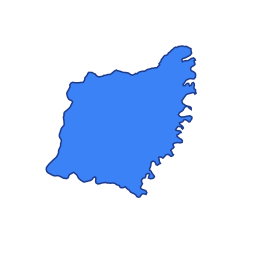 Dom Bosco, Minas Gerais, Brazil, rotated 243°
{"feature_id": "56859067B94759180544499", "entity_name": "Dom Bosco", "entity_type": "district", "adm_level": 2, "iso_a3": "BRA", "parent_name": "Brazil", "parent_adm1": "Minas Gerais", "projection": "robinson", "projection_center": [-46.303, -16.742], "detail": "fine", "context": "isolated", "style": "filled", "palette": "blue", "viewbox_px": 256, "rotation_deg": 243, "n_neighbors": 0, "source": "geoboundaries", "source_scale": "gbopen_adm2", "svg_char_len": 4907}
<svg xmlns="http://www.w3.org/2000/svg" viewBox="0 0 256 256"><g transform="rotate(243 128 128)"><path d="M99.8,64.2L99.3,66.4L98.9,67.8L98.7,69.1L98.3,70.4L98.4,72.3L99.3,74.3L99.6,76.1L98.4,76.9L96.9,76.0L95.4,75.0L93.7,74.6L91.9,75.6L91.2,77.5L90.9,79.8L90.2,81.7L89.7,83.2L88.6,84.2L87.8,85.8L86.8,87.2L86.3,88.6L85.7,89.9L84.4,91.3L82.8,92.0L81.6,93.2L80.6,94.1L79.2,94.0L78.0,94.6L77.2,96.0L76.9,97.6L76.8,99.0L75.3,99.3L73.5,100.0L72.0,100.9L70.1,101.1L68.5,102.1L67.5,103.0L66.5,103.7L65.0,104.5L62.8,104.8L61.5,106.0L61.3,107.5L62.1,108.9L62.7,110.2L62.7,111.5L61.8,112.7L60.6,113.9L61.9,115.4L64.0,115.4L65.1,114.5L66.5,113.0L68.0,112.1L69.7,112.2L70.6,113.8L71.8,115.6L73.7,115.6L74.9,116.0L75.8,116.9L76.5,118.6L75.9,120.6L76.9,121.9L78.4,122.9L78.5,125.0L77.5,126.2L76.2,125.6L75.3,124.5L74.2,123.5L72.6,124.9L72.0,126.6L71.8,128.1L72.7,129.5L74.1,129.5L75.3,129.1L77.6,128.9L79.5,128.8L80.6,128.2L81.8,128.7L83.0,130.2L84.4,131.4L85.5,132.1L86.6,132.9L87.2,134.1L86.9,135.7L85.7,136.5L84.1,136.6L82.5,136.4L81.5,137.3L81.8,139.3L81.7,140.8L83.3,140.7L84.8,141.0L86.1,141.5L87.9,141.9L87.8,143.4L86.5,144.6L85.3,145.5L85.9,147.2L86.5,148.8L86.9,150.1L86.3,151.8L84.5,152.8L83.2,153.5L83.0,155.0L83.5,156.4L85.1,155.9L86.9,156.2L88.6,155.8L89.3,157.0L89.4,158.7L90.1,160.4L91.7,160.2L93.2,160.8L93.4,163.0L92.9,164.6L92.2,166.2L91.1,167.6L90.6,169.7L91.8,170.6L93.5,170.5L95.0,169.4L96.2,168.8L97.4,168.3L98.5,167.8L99.6,168.4L99.4,170.0L100.2,171.6L99.8,173.3L101.3,173.4L102.6,172.0L103.5,170.3L104.7,169.6L105.8,171.1L106.7,173.2L105.7,174.7L104.8,175.9L103.4,175.7L102.3,176.1L102.9,177.4L104.6,177.4L106.3,176.7L107.9,175.9L109.3,176.2L108.9,178.0L108.8,179.7L109.8,181.1L109.6,182.4L108.7,183.6L107.2,184.4L106.0,184.8L105.4,185.9L106.4,187.5L107.4,189.3L109.0,189.9L110.7,188.8L111.4,186.9L112.0,185.0L112.3,183.4L113.0,181.9L113.6,180.3L115.1,179.3L117.0,178.9L118.1,180.5L118.5,182.1L118.5,183.6L119.0,185.4L120.0,186.7L121.0,188.7L120.2,191.2L122.0,189.5L123.5,188.7L124.9,187.9L126.5,187.9L127.9,188.4L128.7,190.0L129.6,191.6L130.5,193.4L131.3,195.1L131.2,196.8L130.8,198.4L130.4,200.3L130.2,201.8L129.4,202.9L127.8,203.0L128.0,204.4L129.8,204.7L131.5,205.5L132.9,204.7L134.5,205.3L135.9,206.5L137.5,207.1L138.9,206.8L138.9,205.3L137.5,203.6L137.5,201.9L139.0,202.0L140.2,202.3L140.8,201.2L140.6,199.5L139.9,197.9L140.7,196.5L141.9,196.8L142.5,198.5L143.3,199.8L144.2,201.5L144.1,203.6L144.0,205.4L143.3,206.7L142.4,207.8L141.8,209.2L142.6,211.1L144.0,212.0L145.4,212.7L147.0,212.6L149.0,211.5L150.3,210.4L151.7,210.4L152.8,210.9L153.7,212.8L153.8,215.2L154.3,216.6L156.1,217.0L157.9,217.3L157.8,218.8L159.3,218.9L160.7,218.2L161.2,216.0L161.0,214.3L160.8,212.9L161.0,211.5L161.7,210.3L162.2,208.5L162.3,206.6L164.2,206.8L165.1,208.2L164.7,209.9L164.5,211.4L164.6,213.0L164.5,214.5L164.7,216.6L165.8,218.7L167.1,218.9L168.4,219.3L170.1,220.1L171.7,218.8L173.0,218.0L174.2,217.1L174.8,215.5L175.7,214.6L176.6,213.1L177.2,211.2L177.8,209.8L177.5,208.1L178.4,207.2L178.4,205.5L177.8,203.6L177.6,202.2L176.8,200.2L176.5,198.0L175.5,196.8L175.4,195.2L175.9,193.7L175.5,192.2L174.5,190.5L173.9,188.8L172.7,187.9L171.8,186.1L171.1,184.7L169.9,184.9L169.2,182.8L168.6,181.1L169.3,179.6L169.8,177.6L170.5,176.2L170.6,174.5L171.2,172.7L171.3,170.8L171.0,168.6L172.0,166.7L172.5,164.9L172.8,162.6L172.2,160.8L173.1,159.7L172.9,158.1L173.1,155.8L174.9,154.3L176.5,153.6L177.9,151.9L178.9,150.4L180.0,148.6L181.7,147.2L182.8,145.9L183.7,144.7L184.9,143.9L184.9,141.7L184.2,138.9L183.8,136.4L184.7,134.7L185.0,133.1L185.2,131.6L185.9,130.4L185.6,128.9L186.3,126.8L186.9,125.0L188.2,124.1L189.5,123.4L190.7,123.5L192.0,122.3L193.7,121.3L194.5,119.9L195.4,118.1L194.7,116.8L193.8,115.8L193.0,114.1L192.3,112.4L190.9,111.5L190.0,110.5L189.0,108.7L190.1,106.5L190.7,104.6L191.4,103.2L192.1,101.7L193.1,100.5L193.9,99.1L193.8,97.3L192.8,95.7L191.1,95.1L189.6,93.2L188.5,91.5L187.5,90.0L186.5,89.1L185.3,88.7L183.5,88.3L181.7,88.2L180.4,88.3L179.3,89.0L178.1,90.2L176.4,90.5L175.4,89.3L174.4,87.8L173.1,86.3L172.4,84.8L171.9,82.9L171.4,80.7L170.9,78.4L169.6,77.3L168.2,76.7L167.0,75.4L165.5,74.8L164.2,74.5L162.7,73.9L161.5,73.3L160.3,72.9L159.4,72.0L158.9,70.7L158.4,69.4L157.6,68.1L156.3,66.8L154.9,65.5L153.5,64.0L151.6,63.0L150.0,62.9L148.0,63.2L146.1,62.4L144.6,60.8L142.7,59.9L141.2,58.1L139.9,56.3L138.9,55.6L137.6,54.9L136.6,53.9L135.8,52.9L134.8,51.3L134.2,49.9L133.9,48.5L133.5,47.0L132.9,45.1L132.2,42.8L131.7,41.3L130.9,39.5L129.8,37.4L128.1,36.3L126.1,35.9L124.2,36.5L122.4,37.8L120.9,38.8L119.4,40.0L118.3,41.5L117.8,43.1L116.7,44.8L115.4,45.7L114.3,46.6L113.0,47.3L111.9,48.7L110.8,50.3L110.9,52.3L112.5,53.7L113.1,55.3L113.1,57.3L113.2,59.5L111.4,60.3L109.8,61.0L108.4,61.2L106.3,61.1L105.1,61.3L103.8,61.9L102.6,62.4L101.2,63.3L99.8,64.2ZM120.2,191.2L118.7,191.2L117.6,191.7L115.8,192.7L117.6,193.5L119.0,192.7L120.2,191.2Z" fill="#3b82f6" stroke="#1e3a8a" stroke-width="1.5"/></g></svg>